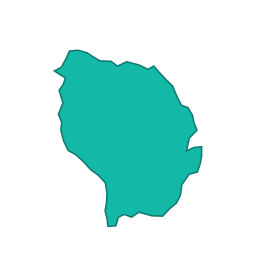 outline of Várzea Paulista, São Paulo, Brazil, rotated 155°
{"feature_id": "56859067B65846864645175", "entity_name": "Várzea Paulista", "entity_type": "district", "adm_level": 2, "iso_a3": "BRA", "parent_name": "Brazil", "parent_adm1": "São Paulo", "projection": "albers", "projection_center": [-46.824, -23.221], "detail": "fine", "context": "isolated", "style": "filled", "palette": "teal", "viewbox_px": 256, "rotation_deg": 155, "n_neighbors": 0, "source": "geoboundaries", "source_scale": "gbopen_adm2", "svg_char_len": 867}
<svg xmlns="http://www.w3.org/2000/svg" viewBox="0 0 256 256"><g transform="rotate(155 128 128)"><path d="M187.8,47.4L180.3,44.5L174.5,51.2L167.9,51.2L162.4,45.7L153.7,47.1L143.3,38.2L133.9,33.5L124.2,37.3L115.6,39.6L109.0,44.8L103.1,53.9L92.0,60.3L83.8,58.7L77.8,64.9L73.0,71.7L69.2,79.9L76.5,82.5L84.7,82.5L76.5,93.1L66.4,96.9L66.0,104.7L64.2,112.1L65.0,121.0L69.9,125.9L70.3,133.5L69.9,147.3L73.3,156.4L76.1,165.1L78.5,173.3L85.0,172.7L91.1,180.2L101.1,188.6L111.5,188.6L115.2,195.7L125.0,200.6L129.8,207.7L133.2,213.4L140.6,219.7L148.6,222.5L154.8,217.1L162.8,211.2L170.6,210.8L163.7,199.8L168.3,194.9L174.5,191.2L176.3,178.3L185.3,169.9L185.6,161.4L189.8,154.2L191.8,143.7L191.8,133.1L186.5,125.6L182.5,116.0L179.4,105.9L174.9,97.7L171.7,87.8L174.8,77.2L179.7,68.3L183.8,62.6L185.3,54.6L187.8,47.4Z" fill="#14b8a6" stroke="#0f766e" stroke-width="1.5"/></g></svg>